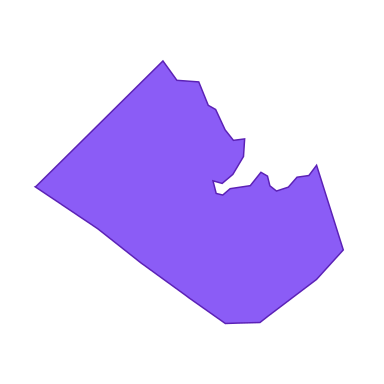 outline of Summers, West Virginia, United States of America, rotated 96°
{"feature_id": "52423323B65894657308494", "entity_name": "Summers", "entity_type": "district", "adm_level": 2, "iso_a3": "USA", "parent_name": "United States of America", "parent_adm1": "West Virginia", "projection": "robinson", "projection_center": [-80.878, 37.649], "detail": "fine", "context": "isolated", "style": "filled", "palette": "violet", "viewbox_px": 384, "rotation_deg": 96, "n_neighbors": 0, "source": "geoboundaries", "source_scale": "gbopen_adm2", "svg_char_len": 605}
<svg xmlns="http://www.w3.org/2000/svg" viewBox="0 0 384 384"><g transform="rotate(96 192 192)"><path d="M202.6,347.6L203.2,348.5L238.4,281.9L267.9,235.3L295.5,187.4L297.8,183.6L319.3,145.1L317.6,133.0L314.7,110.8L307.5,103.4L265.9,59.0L233.8,35.5L152.4,70.9L163.4,77.5L166.3,89.1L177.1,96.7L182.2,108.1L177.7,115.2L168.3,118.6L165.2,125.5L179.6,134.7L184.7,154.4L191.8,161.1L190.9,167.8L178.7,172.3L180.3,162.9L170.2,153.2L151.3,144.5L133.7,145.2L136.3,156.2L126.7,165.6L107.5,177.1L104.1,184.9L81.8,196.8L82.5,218.7L64.7,234.6L202.6,347.6Z" fill="#8b5cf6" stroke="#5b21b6" stroke-width="1.5"/></g></svg>